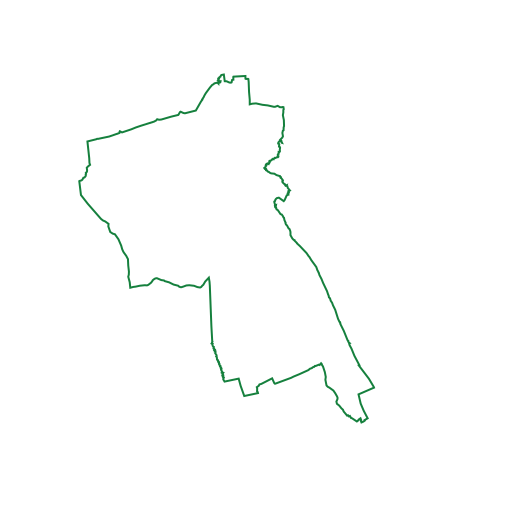 outline of Carpen, Dolj, Romania, rotated 50°
{"feature_id": "2599482B61425966956832", "entity_name": "Carpen", "entity_type": "district", "adm_level": 2, "iso_a3": "ROU", "parent_name": "Romania", "parent_adm1": "Dolj", "projection": "mercator", "projection_center": [23.264, 44.337], "detail": "fine", "context": "isolated", "style": "outline", "palette": "green", "viewbox_px": 512, "rotation_deg": 50, "n_neighbors": 0, "source": "geoboundaries", "source_scale": "gbopen_adm2", "svg_char_len": 6086}
<svg xmlns="http://www.w3.org/2000/svg" viewBox="0 0 512 512"><g transform="rotate(50 256 256)"><path d="M355.7,355.0L362.3,342.6L361.3,342.1L360.4,342.2L358.3,340.3L357.0,339.7L357.2,337.4L356.6,335.9L357.4,334.2L360.1,322.3L365.1,323.7L366.0,323.6L366.2,323.3L371.9,307.4L372.5,304.8L374.4,298.8L377.1,289.1L377.0,287.3L377.8,285.2L377.7,284.7L377.9,283.3L378.3,282.7L378.1,281.5L378.6,281.0L379.7,277.6L380.4,277.3L380.0,275.1L381.2,275.1L381.9,275.5L383.7,275.7L389.2,277.9L393.5,280.3L395.4,282.4L400.5,285.2L402.3,285.1L404.0,284.4L408.8,283.2L412.0,283.5L415.8,284.2L417.1,284.7L418.0,285.6L419.2,288.0L421.2,289.0L424.1,288.4L427.6,288.5L429.6,288.2L431.5,288.8L436.9,288.8L437.1,287.9L438.7,287.9L438.9,286.9L441.2,287.3L441.4,287.0L442.5,286.6L447.6,285.1L447.7,283.6L447.3,282.6L447.5,280.3L449.2,280.9L449.2,281.5L451.3,282.2L451.9,280.1L452.0,278.5L451.5,278.3L452.1,274.8L443.9,273.0L436.4,270.7L427.9,266.4L432.7,250.2L431.8,249.9L422.6,248.4L405.9,247.6L406.1,247.0L395.8,244.8L388.3,242.4L384.4,241.6L382.7,240.8L382.9,240.3L381.6,240.5L380.7,240.3L380.4,239.9L379.4,240.0L369.9,236.9L362.4,235.1L362.0,235.0L361.8,234.6L360.7,234.2L360.6,234.4L360.1,234.4L356.8,233.5L348.1,229.9L343.2,228.7L340.8,227.8L338.2,227.5L336.0,226.5L334.6,226.7L332.8,225.7L332.1,225.6L328.6,224.2L319.7,221.9L315.7,220.6L311.2,219.6L309.3,218.7L308.9,218.8L307.8,218.3L306.6,218.2L303.2,216.9L294.7,216.3L291.0,215.7L290.1,215.8L286.2,215.4L276.5,216.0L272.6,216.5L272.3,216.3L268.9,216.6L268.6,216.3L267.7,216.8L265.9,216.9L262.2,216.2L259.8,214.2L258.4,213.5L256.7,213.0L255.8,213.3L252.5,212.6L251.1,212.8L249.6,212.2L249.5,211.9L246.9,211.2L244.7,210.0L244.1,210.2L243.0,209.8L240.8,209.6L239.7,210.3L234.9,209.8L233.5,210.3L232.1,209.6L231.8,209.9L230.8,209.9L229.5,209.1L229.6,208.7L230.4,208.6L229.9,208.0L229.8,208.4L229.3,208.6L226.2,207.2L226.0,206.7L226.1,206.0L225.3,204.9L225.1,203.9L225.1,202.7L226.0,201.0L231.8,199.5L231.5,198.0L229.3,193.5L229.8,191.9L228.9,191.9L228.6,191.7L228.8,191.0L228.3,190.9L228.4,189.9L228.1,189.7L227.6,190.0L227.1,189.6L227.6,187.9L224.2,187.9L222.7,187.1L221.8,187.6L221.5,187.1L221.2,188.2L220.3,188.1L219.9,187.7L219.3,187.8L218.9,188.1L216.6,188.3L216.2,188.1L216.2,187.8L215.5,187.6L215.4,186.8L215.1,186.7L213.0,186.6L211.9,186.9L211.6,186.7L211.7,186.3L211.5,186.2L210.5,186.6L210.2,186.3L207.2,188.3L204.8,189.0L202.5,191.2L201.7,191.7L200.0,192.1L198.9,192.7L198.2,192.6L196.7,193.2L196.3,192.9L196.5,192.6L196.4,192.4L195.8,192.3L195.1,193.2L193.9,193.1L193.8,191.1L193.0,190.5L193.3,189.8L193.0,189.4L192.6,189.8L192.4,189.7L192.2,188.9L192.2,188.6L192.7,188.3L192.6,187.7L193.5,187.3L193.1,186.8L193.5,186.4L193.0,185.3L192.7,185.5L191.9,184.9L191.8,184.5L192.6,182.8L192.6,182.3L192.3,181.9L192.4,181.0L193.0,180.5L192.6,180.2L193.1,179.4L192.9,178.5L193.4,178.2L193.8,176.4L194.4,175.8L194.4,175.2L194.0,174.7L193.4,175.0L192.3,174.1L192.1,173.4L192.3,173.0L190.8,171.7L191.4,171.1L191.2,170.4L189.8,169.4L188.6,168.0L187.9,167.7L187.0,168.1L185.4,166.4L184.3,166.2L184.4,166.5L184.1,166.7L183.4,165.9L183.0,163.4L183.7,163.0L185.8,163.5L186.1,163.3L184.3,162.8L184.0,162.5L182.5,162.7L182.2,159.7L181.6,158.4L178.7,156.7L177.3,154.9L177.4,154.1L175.2,152.1L174.5,151.0L169.8,147.3L165.4,144.9L163.6,142.8L161.7,141.2L161.4,140.4L159.6,139.3L159.0,139.8L158.5,140.8L157.4,142.0L154.9,142.9L153.9,145.6L153.2,146.4L148.2,150.2L144.3,153.9L139.1,157.9L136.9,161.0L135.8,163.3L132.2,160.3L125.9,155.9L117.9,149.7L115.5,148.1L115.2,148.2L113.9,149.9L113.4,150.1L111.3,148.4L104.1,158.0L104.2,158.3L106.4,160.0L105.8,161.2L107.3,163.1L107.1,163.8L106.0,164.9L103.3,166.2L102.0,167.6L96.3,164.0L95.1,166.2L95.3,167.2L95.8,168.0L95.5,169.0L95.6,169.4L96.2,170.0L95.7,170.5L95.7,170.8L96.1,171.3L97.1,171.5L97.2,172.3L98.7,171.6L99.3,170.8L99.9,171.5L99.9,172.3L98.9,173.2L99.8,174.0L98.7,174.1L98.2,174.5L97.0,176.9L97.1,178.1L96.8,179.8L97.4,183.2L99.0,189.8L99.9,192.4L100.6,193.8L101.5,196.7L101.8,196.7L102.3,198.8L105.9,208.6L101.0,218.7L99.8,219.7L97.0,221.0L96.9,221.7L98.0,224.8L94.7,231.5L90.6,240.8L89.3,242.7L87.7,243.8L88.0,245.3L87.5,247.8L82.3,260.3L80.3,265.4L78.8,270.1L75.2,279.2L72.9,280.1L73.0,280.5L74.0,281.5L70.1,291.7L64.8,301.6L64.1,302.4L63.9,303.3L59.9,311.5L73.9,320.9L77.7,323.8L79.5,324.5L79.4,326.9L79.6,328.9L81.8,330.3L82.8,331.4L82.9,332.9L83.9,333.4L84.0,334.0L84.8,334.5L85.3,335.2L85.6,337.0L85.1,337.9L85.9,339.9L85.9,341.1L85.0,343.1L85.1,343.3L96.8,350.9L107.8,351.3L127.9,350.9L130.4,350.4L132.6,349.3L136.6,348.3L138.4,350.1L143.9,352.2L146.7,351.4L148.7,350.1L154.7,350.6L161.4,352.6L164.7,354.1L166.7,354.7L168.1,355.0L172.4,355.3L176.1,356.1L181.2,360.0L186.3,363.4L188.5,365.4L189.8,367.2L194.9,369.6L199.5,372.7L200.8,369.9L202.1,367.9L204.1,364.1L206.8,360.1L208.4,358.4L208.7,357.7L208.9,356.9L209.0,353.6L208.6,351.6L208.2,350.8L208.2,349.6L208.3,348.2L208.8,346.9L209.3,346.2L213.6,344.0L215.6,342.2L216.5,342.1L220.3,339.5L224.9,337.5L228.8,334.7L230.1,334.6L231.3,333.9L231.9,333.3L232.7,331.4L233.8,328.3L235.5,325.9L239.0,322.6L242.1,320.9L244.2,319.1L244.5,317.9L244.2,316.2L244.2,314.9L242.9,311.3L242.3,306.1L245.9,308.2L249.1,310.5L281.1,335.3L293.0,344.2L293.5,344.3L293.8,345.1L294.3,345.5L294.5,346.3L294.9,346.2L295.4,345.7L295.8,346.3L296.9,346.9L298.4,347.1L298.6,346.9L299.2,347.6L299.7,347.5L299.8,348.0L300.8,347.9L301.1,348.4L301.6,347.9L302.0,348.5L302.4,348.6L302.8,348.4L302.9,348.9L303.3,348.7L303.8,348.9L304.4,349.8L306.3,349.9L307.1,350.3L307.4,351.1L308.3,351.0L310.1,352.3L310.8,352.1L311.2,352.5L311.7,352.3L312.2,352.7L312.8,352.5L313.0,353.0L313.8,352.8L314.2,353.2L315.0,353.3L315.0,353.8L315.7,354.0L317.1,353.9L317.2,354.5L317.4,354.6L318.6,354.4L318.6,354.7L319.2,355.1L319.9,354.9L320.0,355.4L320.7,355.9L321.2,355.7L321.8,356.2L322.9,356.3L323.4,356.9L323.8,356.6L323.7,357.2L324.7,356.9L324.9,357.6L325.9,357.5L326.4,357.9L326.3,358.5L327.0,358.3L327.2,359.0L327.7,358.9L328.1,359.4L328.3,359.4L328.3,359.0L328.5,358.9L329.1,360.0L329.5,360.4L332.0,360.8L338.8,348.1L345.5,351.2L355.7,355.0Z" fill="none" stroke="#15803d" stroke-width="2"/></g></svg>